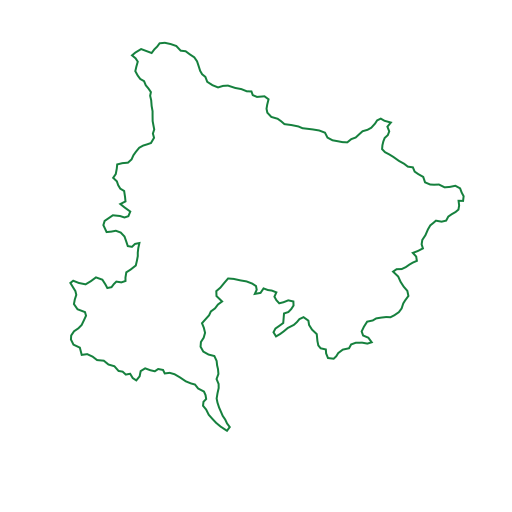 the district of Cataguases, Minas Gerais, Brazil, rotated 108°
{"feature_id": "56859067B63513924392946", "entity_name": "Cataguases", "entity_type": "district", "adm_level": 2, "iso_a3": "BRA", "parent_name": "Brazil", "parent_adm1": "Minas Gerais", "projection": "natural_earth1", "projection_center": [-42.658, -21.332], "detail": "fine", "context": "isolated", "style": "outline", "palette": "green", "viewbox_px": 512, "rotation_deg": 108, "n_neighbors": 0, "source": "geoboundaries", "source_scale": "gbopen_adm2", "svg_char_len": 4500}
<svg xmlns="http://www.w3.org/2000/svg" viewBox="0 0 512 512"><g transform="rotate(108 256 256)"><path d="M302.3,119.3L299.0,123.9L298.5,129.6L295.1,132.2L289.9,131.5L284.1,130.0L281.2,125.0L278.2,122.4L275.9,117.9L273.8,113.3L272.7,109.2L269.6,106.1L265.3,102.8L260.9,101.3L255.6,101.3L252.0,100.4L246.9,98.7L242.4,101.3L239.5,106.1L235.9,110.5L231.6,114.4L228.5,120.8L225.1,118.2L223.4,113.4L220.3,110.1L216.7,107.4L213.8,104.8L210.9,101.5L207.0,103.5L204.6,107.8L201.3,103.7L197.2,99.6L193.7,102.1L189.3,102.8L183.9,101.3L177.6,100.7L173.0,99.7L169.8,97.6L166.8,95.8L166.0,90.1L163.6,86.1L159.1,85.3L155.8,82.8L152.5,79.8L149.3,77.8L145.2,78.4L140.9,80.4L139.6,76.1L135.0,77.0L132.1,80.0L128.6,82.8L127.6,88.1L130.4,93.0L132.4,97.8L131.5,104.1L133.2,108.7L134.2,112.5L133.7,118.0L129.1,121.4L128.0,126.9L126.7,131.2L123.2,134.2L124.1,139.2L122.5,143.7L121.4,149.4L119.3,156.1L118.2,160.7L117.4,165.4L115.4,169.1L111.6,170.0L107.7,170.3L104.0,170.1L100.3,168.0L96.3,167.8L92.4,171.0L87.4,169.0L87.7,175.6L86.8,179.8L89.6,182.7L93.3,183.7L98.4,186.0L101.5,188.9L104.4,193.2L108.9,195.8L112.5,197.8L115.4,201.5L119.7,204.3L121.0,209.0L121.5,213.1L122.3,219.0L121.3,224.6L117.4,228.5L117.1,234.7L118.1,241.2L119.3,247.3L120.1,251.3L119.7,255.7L120.5,262.7L121.8,269.7L120.1,273.7L118.8,277.8L119.0,284.4L116.2,289.5L112.7,291.5L108.7,292.1L103.1,292.5L101.5,297.3L104.4,304.2L104.0,308.8L100.9,311.2L102.2,315.6L101.8,321.5L102.6,327.7L102.6,335.3L104.4,339.9L107.4,344.2L107.0,350.2L105.4,356.2L101.3,359.5L99.8,363.4L97.2,366.3L92.9,369.4L89.1,372.2L86.1,376.1L84.7,381.2L83.0,386.2L84.0,391.1L80.9,396.7L80.8,402.6L81.4,408.6L83.5,413.4L87.4,414.7L90.8,416.5L95.2,418.0L95.0,422.4L94.7,429.2L99.8,433.6L103.5,435.9L105.2,431.6L107.7,428.5L112.9,428.3L117.5,427.9L120.9,424.3L123.4,420.8L124.3,416.5L127.7,413.6L129.9,410.1L132.6,406.6L136.3,406.2L140.3,403.8L145.6,401.6L150.3,399.1L154.6,397.7L159.6,396.0L163.5,393.9L167.1,391.9L171.4,391.9L175.1,389.5L181.0,390.8L183.5,394.1L185.8,397.4L189.1,400.5L193.9,402.4L198.0,403.7L202.6,404.2L206.8,406.6L209.0,411.8L211.8,416.3L216.0,415.4L221.4,414.7L225.8,416.0L228.0,411.4L231.2,409.0L233.9,405.9L234.9,401.5L240.3,398.8L244.4,397.0L248.5,401.1L250.4,396.1L252.6,389.3L257.6,389.7L260.0,393.0L260.0,397.7L261.5,404.7L265.4,407.7L269.4,410.8L273.8,410.7L279.4,405.5L277.5,401.1L275.3,397.1L275.5,391.9L278.1,387.1L282.0,384.1L286.2,381.0L285.6,376.8L281.9,374.8L279.7,370.9L284.7,370.4L289.3,369.5L292.6,368.4L297.3,367.8L302.2,367.4L307.7,371.1L311.6,374.3L316.8,373.5L320.1,372.4L322.7,375.9L323.5,380.9L326.6,382.5L330.3,383.8L332.4,387.5L329.6,390.4L326.0,394.8L325.8,401.6L331.0,405.3L335.6,409.3L336.4,416.2L336.0,422.2L339.0,424.2L342.6,420.0L345.2,416.9L348.5,414.9L353.3,414.9L358.0,414.3L361.8,409.3L362.2,401.3L365.3,399.2L370.3,399.8L375.5,400.5L379.7,402.6L383.8,405.8L388.7,407.2L392.6,406.2L396.7,402.2L397.6,395.2L403.9,391.2L401.5,386.2L402.2,380.3L404.1,375.0L402.6,368.4L404.8,362.8L404.6,356.6L407.8,351.2L407.2,347.1L409.0,343.2L406.9,339.3L410.2,335.5L411.3,331.4L406.4,329.5L401.1,330.1L397.1,326.7L397.3,321.2L396.9,316.6L393.7,314.1L393.1,309.2L395.9,306.5L393.8,302.0L393.6,297.0L394.9,291.0L396.9,284.0L397.3,278.5L397.1,274.3L399.9,270.1L401.0,263.6L403.9,261.0L407.4,259.2L410.9,260.9L414.8,260.1L417.4,256.0L421.6,251.9L424.4,247.1L427.0,242.4L429.2,236.9L431.2,229.6L426.8,228.1L424.2,231.8L421.1,234.7L418.3,238.3L415.2,241.0L411.5,244.3L407.4,247.3L403.7,249.4L398.4,250.2L393.1,250.7L389.3,252.0L385.2,255.5L379.8,255.3L375.3,257.2L372.0,259.2L368.0,261.0L364.0,264.7L364.4,270.7L363.2,276.6L359.4,280.7L354.8,281.8L349.9,280.5L344.8,280.7L340.4,283.4L336.6,286.6L331.6,284.4L326.9,282.3L322.7,281.8L318.5,278.8L313.9,277.2L309.7,274.2L306.3,281.2L301.7,282.9L297.1,280.1L291.2,277.8L286.0,275.6L284.7,270.2L284.0,263.2L283.1,257.2L283.4,251.1L284.6,246.7L287.9,244.9L292.4,245.4L289.7,240.3L284.5,238.8L284.7,234.2L284.0,230.3L284.3,225.4L289.0,225.9L291.7,223.0L293.8,219.3L291.5,215.6L288.2,211.6L287.7,206.4L291.5,205.0L295.6,206.1L299.3,207.9L302.0,211.6L306.6,210.5L311.3,209.4L315.3,212.3L319.0,215.1L323.1,215.8L326.3,212.1L322.8,209.0L319.2,206.4L314.6,203.5L309.8,198.7L306.3,196.7L302.6,195.2L299.5,191.9L301.3,186.2L305.2,184.2L308.7,180.0L311.5,174.1L317.9,171.3L321.8,169.1L323.8,166.0L323.3,160.7L327.0,159.2L330.8,156.0L329.7,150.4L326.6,148.7L322.9,147.8L318.2,144.5L315.0,139.0L310.7,138.2L307.6,134.2L305.6,128.1L304.9,123.0L302.3,119.3Z" fill="none" stroke="#15803d" stroke-width="2"/></g></svg>